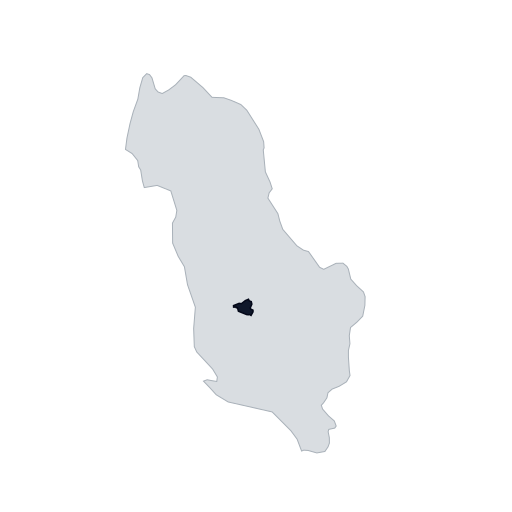 Kuçovë, Berat, Albania (highlighted), rotated 342°
{"feature_id": "67620474B36949901982284", "entity_name": "Kuçovë", "entity_type": "district", "adm_level": 2, "iso_a3": "ALB", "parent_name": "Albania", "parent_adm1": "Berat", "projection": "albers", "projection_center": [19.91, 40.812], "detail": "fine", "context": "in_parent", "style": "filled", "palette": "ink", "viewbox_px": 512, "rotation_deg": 342, "n_neighbors": 0, "source": "geoboundaries", "source_scale": "gbopen_adm2", "svg_char_len": 1846}
<svg xmlns="http://www.w3.org/2000/svg" viewBox="0 0 512 512"><g transform="rotate(342 256 256)"><path d="M170.9,156.4L171.2,149.5L172.9,138.6L172.0,134.9L173.0,128.7L169.9,120.4L164.8,114.3L169.8,103.8L177.2,91.0L183.9,80.8L192.1,70.3L197.5,60.1L203.4,51.4L208.4,48.8L210.8,50.6L212.1,54.4L211.8,65.8L213.5,69.7L217.0,72.5L224.3,71.1L232.4,68.3L243.3,62.3L245.1,62.7L249.2,65.8L257.6,79.5L263.2,91.5L274.3,95.6L280.5,100.3L288.4,107.3L292.3,114.5L297.9,136.4L298.6,149.6L297.1,155.7L295.7,157.3L290.9,178.9L292.2,189.9L292.2,197.1L288.0,200.0L285.2,204.6L289.9,222.5L289.4,230.2L289.7,239.0L298.0,258.9L302.9,265.1L307.3,268.0L313.0,286.4L316.3,289.6L329.9,287.7L336.5,289.7L339.2,294.0L339.8,297.0L339.0,307.3L342.5,315.3L347.1,323.4L347.2,328.4L344.3,336.6L338.9,346.2L331.7,350.0L323.8,353.2L320.1,360.6L318.2,368.5L314.7,374.4L312.6,380.9L309.3,394.0L308.5,398.7L303.2,403.6L294.8,405.6L287.3,406.1L282.2,408.3L279.6,412.8L274.9,416.5L272.0,418.1L272.0,422.1L275.5,430.4L279.5,437.1L279.7,442.5L277.7,444.0L271.6,443.4L270.3,445.4L269.6,451.4L268.0,456.6L265.5,459.8L261.1,463.2L253.0,462.1L245.4,457.0L241.4,455.4L239.1,455.6L238.5,442.9L235.2,433.0L223.2,409.3L184.4,386.2L175.3,375.7L171.4,367.0L167.4,358.8L171.3,358.6L175.1,360.7L179.9,363.2L181.9,359.1L179.8,350.1L170.0,329.0L169.3,323.2L174.3,305.7L182.5,286.0L182.0,262.1L184.6,244.1L181.9,232.3L180.7,218.0L186.7,198.9L191.7,194.2L194.8,188.2L195.1,167.8L183.8,158.3L170.9,156.4Z" fill="#d9dde1" stroke="#a8b0b8" stroke-width="1"/><path d="M219.3,296.2L218.9,297.7L221.2,298.4L221.3,299.2L222.4,299.5L222.2,303.1L229.1,308.9L230.5,309.5L232.0,309.8L232.9,311.0L235.9,308.2L236.4,306.6L235.0,305.2L234.5,304.9L234.5,303.6L237.2,300.5L237.4,297.9L235.7,296.6L235.5,294.8L232.1,295.1L227.5,296.8L225.3,295.8L219.3,296.2Z" fill="#0f172a" stroke="#020617" stroke-width="1.5"/></g></svg>